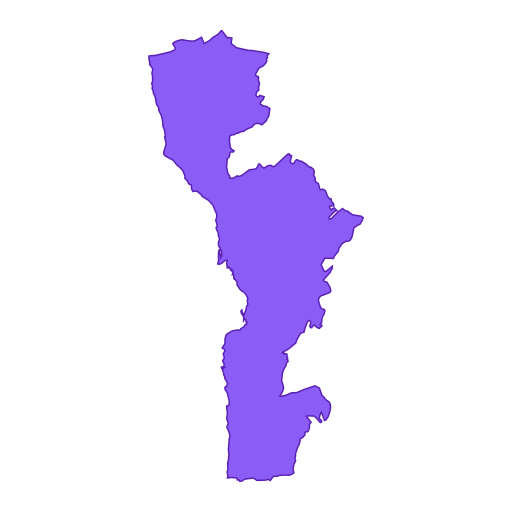 Toliary-II, Atsimo-Andrefana, Madagascar (Natural Earth projection)
{"feature_id": "10022922B75767771564463", "entity_name": "Toliary-II", "entity_type": "district", "adm_level": 2, "iso_a3": "MDG", "parent_name": "Madagascar", "parent_adm1": "Atsimo-Andrefana", "projection": "natural_earth1", "projection_center": [43.811, -23.281], "detail": "fine", "context": "isolated", "style": "filled", "palette": "violet", "viewbox_px": 512, "rotation_deg": 0, "n_neighbors": 0, "source": "geoboundaries", "source_scale": "gbopen_adm2", "svg_char_len": 6054}
<svg xmlns="http://www.w3.org/2000/svg" viewBox="0 0 512 512"><path d="M235.3,279.7L237.2,282.3L237.0,284.8L239.8,289.1L241.7,290.9L244.3,292.4L246.4,295.3L247.8,298.5L247.3,300.3L247.7,303.5L247.5,305.3L246.5,306.6L245.8,310.4L243.7,315.6L243.2,315.9L243.1,313.4L242.1,312.6L241.9,310.0L240.9,311.0L241.4,313.3L243.7,316.7L243.6,320.6L244.6,319.0L245.6,319.8L246.3,322.4L246.9,322.4L246.4,324.3L245.2,324.6L244.1,326.6L240.7,328.8L240.1,330.0L236.7,330.0L232.0,331.0L226.5,334.4L225.8,335.7L224.9,339.9L225.1,342.1L224.6,344.2L221.8,348.5L222.3,348.1L223.7,348.5L225.0,351.0L223.2,353.7L224.3,357.8L223.7,359.3L222.8,360.2L222.7,361.1L224.2,364.1L223.7,367.4L224.5,367.4L223.3,368.2L223.1,366.8L221.3,367.2L223.2,371.5L223.7,373.6L223.5,374.3L224.7,376.8L224.9,378.7L227.0,381.9L227.4,383.9L226.9,385.5L225.8,387.0L225.3,386.8L224.8,388.3L225.5,390.3L227.4,393.1L229.3,401.5L229.0,404.7L228.0,405.8L226.8,405.9L226.6,406.6L227.4,413.3L226.7,418.5L228.2,423.5L226.8,427.0L229.1,432.4L230.0,436.5L229.3,438.3L228.4,449.5L228.9,454.3L228.3,460.9L227.6,462.7L227.9,469.3L227.1,472.1L227.8,475.5L227.5,478.0L231.3,477.5L236.1,477.9L236.9,478.3L237.3,479.9L238.9,479.9L239.7,481.3L242.2,481.0L244.5,479.2L253.2,478.0L256.9,480.4L265.3,480.2L268.2,479.4L270.3,480.5L272.9,476.9L273.9,476.2L277.5,476.3L279.1,475.5L282.8,475.1L289.7,475.2L293.6,473.2L293.9,472.3L293.0,469.4L294.0,463.9L295.4,461.6L295.5,459.9L294.8,458.3L295.6,456.0L295.4,454.1L297.5,447.5L299.3,444.2L300.1,440.8L299.9,439.6L300.3,438.8L302.9,437.3L304.9,434.9L305.0,432.5L305.5,431.9L307.7,431.7L308.3,430.9L309.4,428.0L309.4,424.3L311.1,422.4L306.4,416.2L307.2,415.8L314.1,416.1L315.9,417.5L320.3,422.6L321.5,422.2L321.6,420.6L319.2,418.4L320.2,414.1L321.4,412.3L324.5,420.5L325.9,419.9L328.0,416.9L330.0,411.1L330.6,407.1L330.3,404.4L329.4,402.2L325.2,399.2L324.4,397.7L322.1,395.5L319.3,388.0L315.0,385.8L304.4,389.4L296.8,392.6L291.6,392.8L285.8,395.3L281.1,396.3L279.9,396.1L282.3,392.0L283.5,388.7L283.5,386.9L281.6,380.3L282.6,372.4L283.8,369.2L285.8,365.9L286.5,362.9L288.1,361.5L287.6,359.4L286.9,359.3L287.7,357.8L286.8,355.9L287.1,354.3L284.2,353.2L284.3,353.9L283.8,353.9L283.0,352.8L281.8,353.2L283.5,351.6L286.6,350.2L289.5,348.2L295.7,343.1L296.8,339.8L299.9,334.3L301.3,332.9L304.0,332.2L305.0,328.2L307.4,321.9L308.2,320.9L309.4,320.4L310.4,321.6L310.6,323.5L309.7,326.4L310.8,327.7L311.7,327.7L312.6,326.2L314.1,325.0L317.6,327.8L319.3,328.4L322.0,325.8L321.7,325.1L320.2,324.6L320.2,324.1L321.5,323.0L322.0,318.6L322.7,316.2L324.0,314.3L324.9,310.6L324.1,309.3L321.8,308.9L320.5,307.2L319.0,303.0L318.4,299.3L320.0,296.6L320.9,295.9L328.9,292.9L330.5,291.8L330.8,290.8L330.0,287.4L327.1,282.3L324.2,281.3L323.2,280.1L330.2,272.4L331.2,269.9L331.9,269.4L332.3,267.1L332.3,266.2L326.6,271.0L324.9,271.5L324.0,270.9L321.2,264.9L322.0,263.0L324.9,258.1L333.3,258.5L334.6,255.8L338.3,251.2L339.0,248.2L342.0,243.8L345.5,241.5L349.1,240.9L350.5,239.8L352.0,237.0L353.9,228.0L357.1,225.5L359.9,224.3L362.1,220.8L363.2,217.7L361.1,216.2L352.5,214.8L350.3,213.1L349.0,213.0L348.8,211.7L344.8,210.4L342.5,208.5L337.2,212.7L331.6,218.3L329.8,219.1L328.9,217.7L329.0,217.1L334.9,211.3L336.9,210.6L334.1,207.8L332.9,208.4L331.5,210.0L329.5,207.3L329.6,206.0L333.9,205.9L333.5,203.6L331.5,201.4L331.0,198.8L330.2,199.1L329.1,198.2L327.5,196.2L325.4,190.6L322.5,189.1L321.1,189.9L320.4,189.6L319.6,188.3L318.5,183.8L315.5,181.7L315.0,177.5L313.6,174.9L314.4,171.9L313.4,169.2L311.1,167.3L309.4,167.1L306.0,164.0L301.4,161.2L300.0,161.2L297.0,159.6L295.9,160.1L293.6,163.7L291.4,163.2L290.2,162.0L291.6,155.7L289.5,155.0L289.6,154.2L289.0,153.8L287.6,154.2L274.5,166.5L272.5,166.5L271.3,165.5L268.7,165.4L263.8,168.1L261.4,166.2L259.7,163.9L259.1,164.0L258.4,164.4L257.4,166.9L255.9,168.9L249.2,169.9L241.6,175.6L238.6,176.4L237.1,175.8L233.6,178.1L229.7,178.3L229.7,175.9L227.9,173.5L226.6,167.5L227.1,159.8L227.7,158.4L229.3,156.8L230.0,152.8L231.6,151.7L233.1,152.1L234.1,150.8L231.5,149.2L230.4,147.5L229.5,142.0L229.7,136.2L231.7,134.9L234.1,134.7L235.9,133.5L238.6,133.0L240.3,131.9L243.9,131.2L246.6,129.2L252.3,126.8L254.5,124.0L258.3,123.2L261.8,124.8L266.2,121.0L266.9,118.8L268.8,116.0L269.9,108.5L268.0,107.7L267.1,106.6L263.1,105.8L260.2,104.0L260.9,101.6L263.3,99.3L264.1,96.7L259.8,95.4L258.9,96.5L257.6,96.9L255.9,95.6L256.5,92.2L258.8,90.2L258.6,87.7L259.5,83.7L259.2,82.0L258.3,80.8L258.6,77.3L258.1,76.5L255.9,75.7L255.3,74.6L259.1,67.9L263.2,65.9L265.6,63.3L266.7,61.3L266.5,58.9L267.6,57.3L266.9,56.6L266.9,55.9L268.9,53.8L264.4,52.5L251.3,50.4L249.1,50.5L236.3,47.7L231.1,43.4L231.9,38.1L226.9,37.3L221.9,30.7L221.3,30.7L217.8,34.5L213.0,37.4L209.1,40.9L204.0,43.5L201.6,37.3L194.5,41.0L189.7,41.0L181.9,39.7L178.6,40.4L175.1,41.7L172.7,43.6L175.6,48.4L174.1,50.1L170.8,51.7L164.5,53.3L155.4,55.4L149.1,55.9L148.8,57.7L149.9,63.7L149.6,64.5L152.2,67.9L152.7,69.5L151.9,73.6L152.5,75.6L152.6,80.8L152.2,82.8L151.6,83.2L152.4,85.6L152.2,89.1L153.4,91.1L153.2,92.6L155.1,96.7L156.6,104.4L158.3,107.1L159.0,109.7L158.6,110.1L161.0,114.7L162.5,120.0L163.0,126.5L164.5,130.0L165.3,135.7L165.2,136.5L164.6,136.8L166.2,144.0L163.7,152.1L163.9,154.4L165.5,156.2L173.0,160.1L177.6,165.8L178.4,166.0L182.7,170.4L184.8,175.5L185.1,176.9L184.8,178.2L187.8,181.6L188.6,183.8L191.2,185.0L191.8,189.5L192.9,191.5L195.6,191.0L198.0,191.8L199.0,193.0L200.9,194.2L202.0,196.2L208.4,200.3L213.3,205.5L213.8,207.5L216.8,214.4L216.5,218.6L215.7,219.9L217.2,225.7L217.2,226.5L216.2,227.4L216.3,228.9L218.2,232.8L218.4,235.9L219.6,238.4L218.4,242.7L218.5,245.3L219.1,246.8L220.1,247.5L220.3,250.4L220.9,250.2L221.7,252.1L221.7,256.3L220.9,257.4L221.0,256.2L220.7,255.5L220.1,255.6L220.5,255.0L219.6,252.5L219.5,249.0L218.5,252.1L218.5,261.2L217.7,263.9L219.1,264.3L221.4,263.5L225.0,260.5L227.3,260.3L226.6,262.8L227.3,267.9L228.5,267.0L229.0,268.0L229.6,267.8L229.7,268.6L230.7,268.8L230.7,270.2L231.8,269.8L231.8,270.8L232.9,270.9L232.3,271.7L233.0,272.8L232.2,274.8L233.8,274.9L233.7,277.8L234.3,278.6L234.2,279.2L235.3,279.7Z" fill="#8b5cf6" stroke="#5b21b6" stroke-width="1.5"/></svg>